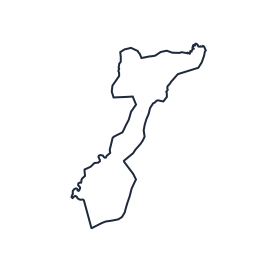 Anambra East, Anambra, Nigeria (orthographic projection), rotated 205°
{"feature_id": "59680162B18196869714953", "entity_name": "Anambra East", "entity_type": "district", "adm_level": 2, "iso_a3": "NGA", "parent_name": "Nigeria", "parent_adm1": "Anambra", "projection": "orthographic", "projection_center": [6.879, 6.476], "detail": "fine", "context": "isolated", "style": "outline", "palette": "slate", "viewbox_px": 256, "rotation_deg": 205, "n_neighbors": 0, "source": "geoboundaries", "source_scale": "gbopen_adm2", "svg_char_len": 2407}
<svg xmlns="http://www.w3.org/2000/svg" viewBox="0 0 256 256"><g transform="rotate(205 128 128)"><path d="M99.0,84.7L103.7,88.5L117.2,95.7L117.8,96.4L117.8,96.6L112.7,107.4L112.1,111.5L109.9,119.0L109.3,123.0L109.3,127.2L112.8,132.5L114.2,137.9L115.1,143.9L115.2,149.1L116.4,155.3L115.7,160.9L114.5,162.3L113.7,164.7L112.4,165.8L107.2,167.0L105.9,172.6L107.6,176.0L108.6,177.1L108.3,178.1L108.1,179.4L109.2,180.6L109.8,182.5L109.3,184.1L108.6,186.4L108.7,187.3L105.6,197.9L89.7,212.3L88.9,218.8L89.6,225.7L90.6,229.7L90.3,231.2L91.1,231.7L91.7,232.6L92.8,233.3L93.7,234.0L94.8,234.1L95.3,233.0L95.8,232.9L96.4,232.6L96.9,232.6L97.1,232.1L97.9,231.8L98.9,231.7L99.4,232.2L100.0,232.8L101.0,233.1L101.5,233.2L101.9,233.2L102.5,232.9L102.5,232.3L102.2,231.3L103.4,231.1L103.4,230.8L103.6,230.6L103.9,230.4L103.8,229.5L103.2,229.4L103.3,228.6L103.4,228.1L102.4,227.8L102.7,227.3L102.5,227.2L103.0,226.9L102.8,226.4L102.7,225.6L102.7,225.1L103.1,224.5L103.3,224.4L103.0,224.0L103.4,223.8L103.9,223.6L103.4,222.6L103.5,221.4L105.6,221.5L105.6,220.9L110.2,219.7L111.6,219.3L112.9,217.9L119.6,215.0L125.6,214.4L130.5,210.7L133.0,206.6L134.2,204.8L137.7,202.5L138.0,202.5L145.4,197.1L146.3,198.0L149.1,200.5L150.2,200.7L151.7,201.9L159.1,201.9L164.4,197.7L167.1,193.5L164.5,189.2L162.5,184.8L162.8,184.0L163.1,182.3L162.6,181.2L162.2,179.1L161.0,177.9L161.1,177.2L160.9,177.0L160.9,176.9L160.9,176.7L161.0,176.7L160.9,176.2L160.8,175.8L160.6,175.3L159.6,174.6L158.0,171.4L160.0,159.8L158.1,154.1L154.0,149.6L144.3,154.6L137.0,158.5L130.6,152.6L132.1,144.1L130.8,135.9L131.1,129.3L131.1,124.4L131.2,121.7L136.9,114.5L136.9,114.3L137.8,112.8L135.3,100.4L133.6,97.9L135.5,93.8L135.6,91.8L136.4,91.3L137.4,91.4L139.1,92.4L141.6,91.8L142.7,90.7L142.6,89.3L140.1,87.3L139.4,85.9L140.4,84.0L143.6,82.1L145.5,77.1L149.8,72.0L149.4,71.0L146.7,66.4L148.3,62.7L148.2,61.1L147.5,59.5L147.5,58.5L148.5,58.3L149.6,56.8L149.1,55.2L147.7,54.5L146.4,54.0L145.9,52.9L145.9,50.7L146.3,50.1L147.2,50.1L148.2,51.3L149.6,51.3L150.9,49.9L151.4,47.5L150.5,45.4L150.1,45.1L150.3,43.0L149.8,41.3L148.6,41.1L148.0,42.8L147.2,44.1L146.1,44.2L145.3,44.0L144.7,43.4L143.9,43.0L142.4,42.7L140.8,42.9L138.7,44.1L137.4,43.8L118.9,21.9L118.5,22.0L115.8,25.4L111.7,30.7L108.6,33.9L103.1,37.5L98.1,41.2L95.8,44.9L95.3,50.2L96.0,53.9L96.8,59.1L96.9,59.8L97.6,66.6L99.1,74.6L99.1,81.4L99.0,84.7Z" fill="none" stroke="#1e293b" stroke-width="2"/></g></svg>